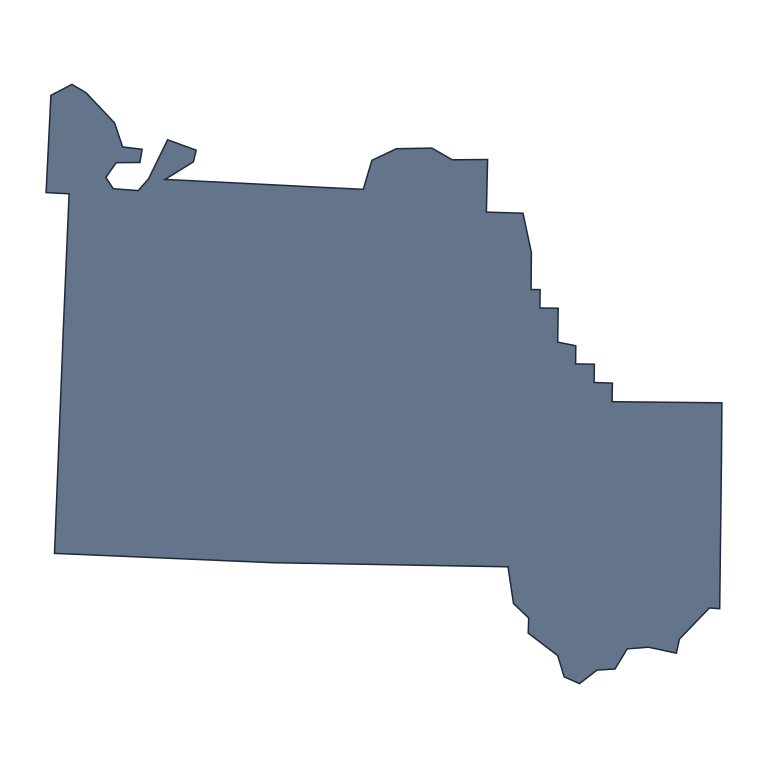 Camden, Missouri, United States of America
{"feature_id": "52423323B51801670345561", "entity_name": "Camden", "entity_type": "district", "adm_level": 2, "iso_a3": "USA", "parent_name": "United States of America", "parent_adm1": "Missouri", "projection": "albers", "projection_center": [-92.734, 38.036], "detail": "fine", "context": "isolated", "style": "filled", "palette": "slate", "viewbox_px": 768, "rotation_deg": 0, "n_neighbors": 0, "source": "geoboundaries", "source_scale": "gbopen_adm2", "svg_char_len": 853}
<svg xmlns="http://www.w3.org/2000/svg" viewBox="0 0 768 768"><path d="M272.1,562.7L508.0,566.8L513.5,603.6L528.7,618.0L528.2,633.1L557.7,655.6L564.2,676.9L579.5,683.6L597.0,670.1L615.0,669.0L627.2,648.9L648.4,647.2L676.4,653.2L679.4,639.1L709.4,608.0L719.7,608.7L721.5,457.9L721.9,402.8L612.1,401.7L612.4,383.1L594.1,382.5L594.4,364.2L575.6,363.9L575.8,345.8L557.7,342.1L558.2,308.2L539.9,308.0L540.1,289.6L531.1,289.5L531.4,252.6L523.0,213.2L486.4,212.1L487.6,159.5L452.2,159.8L431.9,148.1L396.4,148.7L371.9,160.3L363.3,189.3L321.0,187.3L165.1,179.4L193.4,161.8L196.2,150.2L167.6,139.8L148.6,178.7L138.2,190.6L113.2,188.7L105.9,177.4L116.2,162.7L139.9,162.5L142.1,149.3L122.6,146.9L114.6,123.0L86.1,92.8L71.9,84.4L50.9,95.3L46.1,192.6L69.1,193.8L63.2,331.7L62.5,350.3L54.5,553.4L272.1,562.7Z" fill="#64748b" stroke="#1e293b" stroke-width="1.5"/></svg>